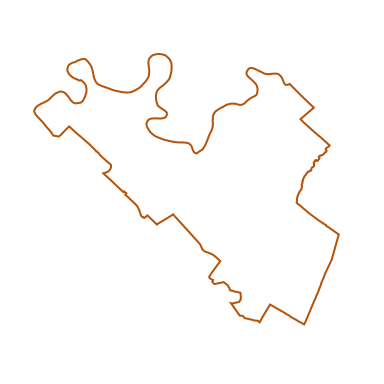 Romanesti, Botosani, Romania (orthographic projection), rotated 261°
{"feature_id": "2599482B29124151289433", "entity_name": "Romanesti", "entity_type": "district", "adm_level": 2, "iso_a3": "ROU", "parent_name": "Romania", "parent_adm1": "Botosani", "projection": "orthographic", "projection_center": [27.238, 47.723], "detail": "fine", "context": "isolated", "style": "outline", "palette": "amber", "viewbox_px": 384, "rotation_deg": 261, "n_neighbors": 0, "source": "geoboundaries", "source_scale": "gbopen_adm2", "svg_char_len": 6012}
<svg xmlns="http://www.w3.org/2000/svg" viewBox="0 0 384 384"><g transform="rotate(261 192 192)"><path d="M283.5,305.3L282.9,303.6L283.0,301.9L283.3,301.2L284.2,300.4L285.7,299.8L289.3,299.1L292.6,297.8L294.5,296.2L295.1,295.3L295.6,294.2L295.9,293.0L296.3,289.1L296.3,287.5L296.4,285.7L297.1,283.3L297.8,281.8L301.2,277.1L302.2,275.5L303.5,273.8L304.9,271.2L305.2,270.2L305.3,269.2L305.2,268.2L304.7,267.1L302.4,265.0L300.6,264.3L299.4,264.4L297.3,265.4L292.6,269.2L289.3,271.5L287.9,272.3L286.3,272.7L284.6,272.9L283.0,272.8L281.1,272.3L279.2,271.7L278.3,271.1L277.5,270.4L276.8,268.6L275.7,265.0L274.9,263.4L273.3,260.3L272.1,258.8L270.8,256.7L270.4,254.5L270.5,253.2L270.9,251.8L272.2,249.0L272.7,247.6L273.1,244.4L273.1,242.9L273.0,242.1L273.0,241.4L272.5,239.2L271.1,235.6L270.0,232.1L268.3,228.6L267.4,227.2L266.3,226.2L264.8,225.2L263.3,224.5L258.7,223.5L257.3,223.5L255.6,223.2L252.2,222.3L249.7,220.9L244.5,217.3L241.5,215.7L236.7,212.8L233.2,209.9L232.6,209.1L232.0,208.2L230.6,204.9L229.5,203.0L229.6,202.0L230.2,201.1L230.9,200.3L232.9,199.5L237.7,198.6L239.9,197.1L240.9,195.8L241.6,193.9L242.6,189.8L242.7,188.2L243.5,184.8L244.7,180.8L246.2,176.9L248.1,172.4L250.2,168.7L252.4,165.2L252.9,164.4L254.3,163.0L256.1,161.4L257.4,160.4L259.2,159.4L263.0,157.9L265.1,157.6L266.3,157.7L268.1,158.5L269.5,159.5L270.2,160.6L270.7,162.1L270.9,163.2L270.8,165.1L270.2,168.9L269.5,172.2L269.4,173.2L269.4,175.2L270.0,177.7L271.4,178.8L272.4,179.3L273.5,179.5L274.6,179.4L276.6,177.9L281.0,173.1L282.8,171.7L285.1,171.2L288.1,171.0L292.1,171.3L294.1,171.8L296.3,172.8L297.8,173.8L300.1,176.8L301.3,179.2L303.4,182.7L304.6,184.3L306.9,186.9L308.0,187.8L312.3,189.7L314.6,190.5L316.8,191.1L321.4,191.8L322.9,191.7L324.3,191.4L326.1,190.8L327.4,190.2L330.6,187.6L331.4,186.7L332.3,184.8L333.0,182.8L333.5,180.7L333.7,178.4L333.5,176.3L333.3,174.9L332.7,173.5L331.2,171.4L330.5,170.7L329.3,170.0L326.8,169.1L318.5,168.8L314.6,167.9L312.6,167.0L310.8,165.7L309.0,164.1L307.5,162.3L304.3,158.2L303.2,156.5L301.5,152.3L300.5,149.0L300.1,147.0L300.3,143.8L301.5,139.0L303.2,134.3L303.9,132.5L304.8,130.4L308.2,124.3L310.2,120.6L312.2,117.2L313.6,115.7L315.1,114.6L316.2,114.1L320.1,113.1L327.2,112.8L331.6,112.2L333.5,111.5L337.2,109.5L338.9,108.3L339.9,107.4L340.2,106.5L340.4,105.4L340.4,103.2L339.6,100.1L339.6,99.4L338.6,96.9L338.4,94.3L337.4,91.4L336.6,90.2L335.3,89.1L333.9,88.5L331.8,87.9L330.7,88.0L329.0,88.5L327.3,89.2L325.7,90.4L323.9,92.1L322.8,93.4L319.5,98.7L319.8,99.4L319.9,99.9L319.0,100.7L316.5,102.6L315.2,103.3L313.7,103.8L310.2,103.9L308.4,103.6L306.8,103.2L304.2,101.9L301.7,100.4L300.3,99.4L298.7,97.9L298.1,97.0L297.7,95.9L297.7,90.8L299.0,88.5L301.8,86.5L305.2,85.0L309.3,82.4L310.5,81.0L311.2,79.8L311.6,78.8L311.8,77.7L311.7,76.3L310.7,72.7L309.7,70.9L308.6,69.2L305.8,65.4L304.9,63.6L304.0,61.2L302.6,56.3L301.4,53.4L300.9,52.4L299.5,50.6L298.9,50.0L298.1,49.6L297.7,49.2L297.0,48.9L296.0,48.8L293.2,49.6L290.6,51.1L283.7,55.9L279.3,58.3L274.8,61.2L272.8,62.3L270.8,63.3L269.5,63.7L267.6,69.1L268.1,69.8L268.9,71.3L273.7,77.6L276.0,80.9L268.2,87.1L262.1,92.4L259.0,94.9L255.3,98.1L248.4,103.2L246.9,103.8L246.9,104.4L246.0,105.0L245.2,105.8L243.2,106.8L241.3,108.1L233.6,114.4L231.7,116.1L230.8,116.2L228.9,115.8L227.4,114.9L226.3,113.8L225.4,112.6L225.0,111.4L224.7,110.0L224.3,107.3L216.7,113.4L208.3,119.8L202.6,124.2L203.2,125.0L200.9,127.0L199.8,125.6L196.7,128.2L188.5,134.5L187.1,135.4L182.8,137.0L182.5,136.9L180.9,137.3L176.8,137.9L175.1,139.0L174.6,139.5L174.9,139.8L174.9,140.0L173.9,140.9L174.1,141.6L174.6,142.3L175.9,144.2L175.3,144.8L165.3,152.3L165.9,153.0L169.7,162.6L171.9,167.8L172.9,169.8L139.2,191.8L133.6,193.3L132.7,194.0L131.3,195.4L128.1,201.1L126.3,203.3L123.5,205.9L119.3,209.1L109.9,199.6L105.6,195.7L104.4,195.9L104.0,196.1L102.5,197.8L101.6,199.1L100.1,198.0L99.2,198.5L97.6,199.7L97.6,201.3L97.7,202.4L97.8,204.4L97.8,206.5L98.0,207.8L98.1,208.4L98.0,208.9L97.8,209.4L96.8,210.3L96.0,211.2L95.4,211.5L94.6,212.4L94.1,212.7L92.7,213.2L91.7,213.8L89.7,214.0L89.0,214.3L88.7,214.6L88.1,216.6L87.2,218.1L86.8,219.0L86.5,220.4L85.5,222.4L85.0,224.0L84.1,224.1L80.8,223.8L78.6,223.4L78.3,223.1L77.8,223.1L76.2,221.3L76.0,220.8L75.9,218.2L75.6,215.3L75.7,213.9L76.0,213.2L66.1,218.0L62.3,220.0L61.8,222.6L60.8,223.4L59.5,224.0L59.1,224.5L58.8,225.2L58.5,226.2L56.4,231.3L55.4,233.5L54.8,235.5L54.6,236.6L54.4,237.3L53.8,237.5L52.7,238.4L53.3,239.0L57.5,242.1L68.6,251.5L66.6,254.2L65.4,255.5L59.1,263.4L56.4,266.4L55.0,268.4L53.5,269.8L52.4,270.9L50.5,273.5L47.1,277.5L45.6,279.7L43.6,282.0L44.7,282.9L63.9,294.8L66.7,296.7L70.0,298.6L73.7,301.1L75.5,302.0L79.2,304.2L82.6,305.9L83.3,306.4L85.1,307.4L86.2,308.4L87.8,309.1L91.0,311.0L103.3,319.4L127.1,330.3L136.3,320.8L137.1,319.7L137.8,319.2L138.6,319.1L138.7,318.6L144.4,312.4L152.5,304.5L159.2,298.7L161.5,297.0L162.5,295.9L163.6,294.7L165.0,293.6L167.0,294.4L168.8,294.6L170.9,295.4L171.7,296.0L172.2,296.0L174.6,297.7L175.0,298.2L176.0,298.7L176.9,299.9L177.7,300.5L178.5,300.8L179.2,300.9L180.0,301.5L181.2,301.4L181.7,301.4L183.4,302.4L184.3,302.7L185.4,302.6L185.8,303.3L186.1,303.5L186.6,303.4L187.4,303.8L187.8,304.1L188.5,304.7L190.1,305.6L190.2,305.8L190.7,306.8L191.1,307.0L191.6,307.2L192.2,308.0L192.8,308.5L193.1,309.0L193.5,309.2L194.0,309.7L193.9,311.2L194.9,312.4L194.9,312.8L194.7,313.0L194.8,313.2L195.4,313.2L196.7,313.8L197.5,314.5L197.9,315.9L198.7,316.6L199.2,316.8L200.2,316.6L201.1,317.0L202.0,316.9L202.5,317.7L203.1,317.9L204.0,318.5L204.1,318.9L204.0,319.7L203.4,320.0L203.1,320.4L203.1,320.7L203.5,321.3L204.5,322.4L204.8,322.8L205.4,323.2L206.3,323.2L206.5,323.1L206.6,322.7L206.9,322.7L207.1,323.1L207.8,323.8L207.7,325.0L208.3,325.9L208.3,327.1L208.4,327.4L209.5,328.7L210.2,329.1L210.3,329.3L210.2,329.9L210.8,330.8L211.0,331.1L211.7,331.2L212.1,331.4L212.7,330.8L213.4,330.8L214.0,331.1L214.7,332.0L215.4,333.9L216.5,335.2L225.8,327.7L229.0,324.8L233.0,321.5L243.0,313.4L247.0,310.5L256.2,325.5L270.7,314.5L283.5,305.3Z" fill="none" stroke="#b45309" stroke-width="2"/></g></svg>